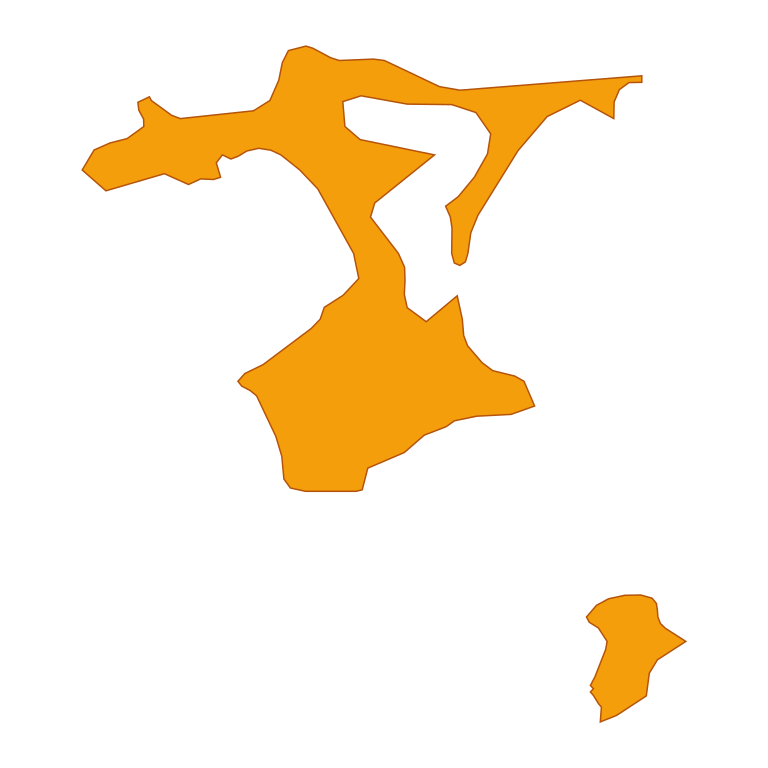 map outline of Chatham Islands Territory (Equal Earth projection)
{"feature_id": "NZL-5470", "entity_name": "Chatham Islands Territory", "entity_type": "Special Island Authority", "adm_level": 1, "iso_a3": "NZL", "parent_name": "New Zealand", "parent_adm1": "", "projection": "equal_earth", "projection_center": [-176.452, -44.022], "detail": "fine", "context": "isolated", "style": "filled", "palette": "amber", "viewbox_px": 768, "rotation_deg": 0, "n_neighbors": 0, "source": "natural_earth", "source_scale": "10m", "svg_char_len": 1854}
<svg xmlns="http://www.w3.org/2000/svg" viewBox="0 0 768 768"><path d="M467.9,253.4L465.4,261.9L459.8,265.4L454.3,263.0L451.7,253.4L452.0,228.0L450.3,216.9L445.6,206.2L458.2,196.7L474.4,177.1L487.5,153.9L490.7,133.8L475.9,112.5L451.7,104.6L407.2,104.1L361.1,95.8L342.8,101.6L344.9,126.5L360.1,139.6L434.5,154.9L374.7,203.0L370.5,217.1L398.4,253.4L404.6,267.3L405.0,280.9L404.3,294.4L407.2,307.7L426.2,321.7L457.2,295.8L462.3,319.2L463.7,335.6L467.6,345.8L482.0,362.6L492.6,370.6L514.8,376.1L524.0,381.3L534.6,406.0L511.0,414.4L476.5,416.2L454.4,420.8L446.1,426.7L424.3,435.1L404.3,452.5L367.8,468.1L362.2,489.8L356.2,491.3L305.5,491.3L290.4,488.0L283.9,479.0L281.8,456.3L275.9,436.5L256.6,395.8L250.1,390.5L241.8,386.2L237.9,381.3L244.9,373.5L263.1,364.6L311.2,328.5L320.2,319.2L324.3,307.3L343.1,295.3L358.8,278.5L353.6,253.4L317.8,188.9L299.8,170.0L280.9,154.9L270.8,150.2L258.8,148.3L246.8,151.0L238.3,156.2L230.9,159.0L222.4,154.9L216.3,162.8L220.6,177.3L213.4,179.5L200.7,178.9L188.5,184.5L164.4,173.7L105.9,190.8L82.2,170.0L94.1,150.0L109.9,143.0L127.1,138.6L143.8,126.5L143.6,119.1L138.8,110.2L137.9,102.3L149.4,96.8L151.4,100.6L171.6,115.3L180.3,118.6L253.5,110.8L269.9,100.5L278.8,80.2L282.3,62.7L288.4,50.6L305.9,46.1L312.8,48.2L330.5,57.7L339.3,60.5L373.4,59.1L384.4,60.5L439.4,86.6L459.9,90.2L641.8,75.8L641.8,82.3L628.9,82.6L619.4,89.6L614.1,102.0L613.8,118.6L580.3,100.2L547.1,116.6L518.1,150.5L477.9,215.3L470.8,232.8L467.9,253.4ZM660.4,623.5L665.5,628.4L685.8,641.4L657.4,659.8L649.3,673.2L646.3,695.9L616.6,715.4L600.3,721.9L601.4,707.1L598.5,703.7L593.4,695.4L590.4,692.0L593.4,688.7L590.4,685.5L594.9,676.9L605.7,649.4L607.1,641.4L598.4,628.0L589.3,622.3L586.5,617.0L596.5,605.3L608.5,598.8L624.7,595.3L640.7,595.0L652.1,598.2L656.4,603.5L657.4,610.2L657.9,617.0L660.4,623.5Z" fill="#f59e0b" stroke="#b45309" stroke-width="1.5"/></svg>